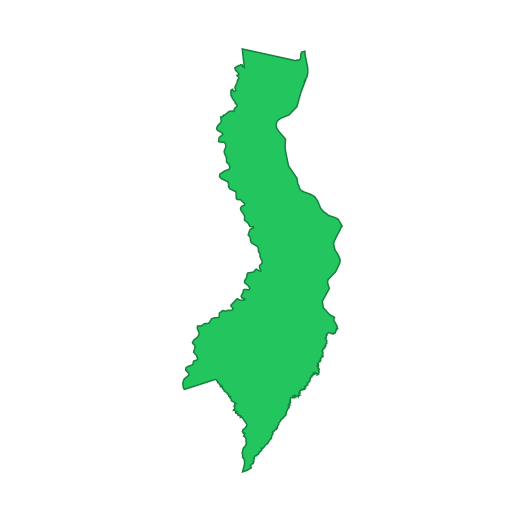 the district of Shushufindi, Sucumbios, Ecuador, rotated 252°
{"feature_id": "8360857B16712310561849", "entity_name": "Shushufindi", "entity_type": "district", "adm_level": 2, "iso_a3": "ECU", "parent_name": "Ecuador", "parent_adm1": "Sucumbios", "projection": "orthographic", "projection_center": [-76.553, -0.288], "detail": "fine", "context": "isolated", "style": "filled", "palette": "green", "viewbox_px": 512, "rotation_deg": 252, "n_neighbors": 0, "source": "geoboundaries", "source_scale": "gbopen_adm2", "svg_char_len": 6092}
<svg xmlns="http://www.w3.org/2000/svg" viewBox="0 0 512 512"><g transform="rotate(252 256 256)"><path d="M457.2,306.9L438.9,303.2L440.3,302.0L441.8,302.0L442.5,301.3L442.7,300.5L442.1,299.2L442.5,298.3L441.6,294.0L438.6,294.0L438.0,294.7L435.1,295.8L434.1,295.8L433.6,293.6L431.3,294.7L430.2,294.5L428.9,292.6L427.0,291.9L423.6,288.5L422.4,287.9L420.3,288.1L419.6,287.7L419.1,285.8L420.4,285.6L420.8,284.9L421.8,285.2L421.5,283.6L420.8,283.1L416.0,281.8L415.9,282.3L413.4,282.2L408.5,283.8L407.4,283.5L405.9,284.7L404.5,284.3L402.7,280.9L400.2,279.7L401.2,278.5L401.9,275.4L399.7,269.5L400.0,268.8L399.0,268.0L399.4,267.5L398.9,266.8L399.1,265.3L394.9,264.7L393.5,263.2L391.8,259.9L389.8,258.1L388.5,257.9L387.1,258.4L384.9,260.7L382.6,262.2L381.7,261.7L380.1,257.6L376.6,255.8L375.8,256.4L373.9,260.9L372.2,261.7L369.0,261.0L365.9,258.3L363.6,257.7L358.7,258.3L354.3,257.0L351.4,258.6L348.4,258.5L347.0,257.4L346.7,256.3L346.6,252.5L345.2,247.4L344.4,246.5L342.6,245.8L340.0,247.1L335.3,252.1L333.0,252.2L330.7,251.3L328.0,251.8L323.2,256.8L316.5,255.0L315.3,255.9L314.4,258.6L309.1,261.4L307.9,260.8L307.8,258.2L307.0,256.7L305.9,255.9L304.3,255.8L297.8,257.6L293.5,256.1L290.2,258.5L285.8,259.4L284.6,262.6L283.6,262.1L283.2,259.0L282.7,258.1L278.4,255.0L275.7,256.3L271.6,255.4L269.9,255.7L264.6,260.3L263.2,260.7L259.4,259.7L256.7,260.5L254.3,259.6L248.4,260.2L247.4,259.6L245.9,256.6L245.0,256.1L243.4,255.7L240.8,256.3L240.2,255.6L240.6,254.7L243.4,252.4L243.3,251.5L241.5,248.8L242.4,243.0L242.0,242.3L238.1,240.1L236.0,237.4L234.1,236.9L230.4,239.3L227.7,240.1L226.7,239.7L226.1,238.7L227.7,235.2L227.6,233.5L225.5,232.5L222.4,229.4L220.4,229.7L218.5,232.2L217.8,231.7L218.4,228.1L220.1,225.7L221.0,225.4L221.1,224.5L217.0,217.0L216.2,216.7L213.6,217.8L212.8,217.7L212.0,216.6L212.3,213.8L213.0,213.1L212.9,209.9L214.5,207.3L212.9,203.4L209.7,202.3L209.0,201.6L210.0,197.6L210.1,194.4L207.4,191.4L206.6,189.8L207.6,186.3L206.4,182.3L207.5,178.8L205.6,177.8L200.6,178.2L198.9,177.5L197.0,175.5L195.4,171.1L193.4,168.8L192.3,168.8L190.2,170.1L188.1,169.9L183.9,166.9L179.8,168.7L176.1,168.7L175.4,167.8L175.3,164.1L172.4,162.5L172.1,161.7L172.0,157.2L171.4,154.9L169.2,153.8L165.2,155.8L163.5,155.5L161.1,149.5L158.0,147.2L153.7,146.2L151.2,146.6L151.2,179.1L150.1,180.3L149.3,180.2L148.4,180.9L147.4,180.5L146.5,181.7L145.3,181.5L144.4,182.2L143.4,182.0L143.4,182.6L142.7,182.1L142.4,183.4L141.6,183.0L140.8,183.8L139.8,183.4L138.5,184.2L137.4,184.0L134.1,186.7L133.7,186.2L132.6,187.0L131.1,186.8L130.5,187.8L129.8,187.4L129.7,188.1L128.8,187.7L127.8,188.2L126.0,187.9L122.9,190.7L122.0,190.2L121.6,190.9L121.5,190.1L120.5,189.8L119.9,188.6L118.3,189.1L117.0,188.4L116.8,187.3L116.2,186.9L116.1,187.7L114.4,189.0L114.0,188.6L113.8,189.2L113.4,188.4L112.7,188.3L112.5,189.2L111.0,190.4L110.6,189.7L110.0,189.7L110.1,190.7L109.1,190.9L108.7,192.0L107.7,191.5L108.0,192.2L107.2,192.1L107.2,192.8L98.7,195.3L96.8,194.3L96.6,193.2L95.8,192.9L94.9,189.9L93.7,189.5L93.2,188.7L91.3,189.3L91.3,190.3L90.6,190.6L88.4,188.5L86.9,189.9L85.7,190.2L82.4,189.0L81.0,189.2L78.4,187.0L77.3,184.6L72.7,181.8L72.1,182.2L68.6,181.0L67.0,181.8L64.8,181.8L61.5,180.7L54.8,176.5L54.9,181.1L55.9,185.8L56.5,186.2L58.0,185.8L59.4,187.4L59.5,189.3L60.6,189.4L61.2,190.5L61.9,190.3L64.2,192.1L64.9,191.9L66.3,193.5L65.8,194.5L66.8,196.2L66.7,197.0L69.0,199.0L68.6,199.6L69.7,201.6L71.2,201.8L70.8,202.1L71.2,203.7L73.4,206.8L74.0,209.1L74.3,209.5L74.9,209.4L76.1,211.8L77.3,212.5L77.4,213.7L78.2,214.6L79.5,214.9L81.6,217.1L82.7,217.0L82.6,217.4L83.9,218.0L83.6,218.3L84.0,219.6L85.0,220.3L84.8,221.9L85.4,222.0L85.6,222.8L86.2,222.6L86.6,223.5L87.0,223.3L88.9,225.6L90.6,226.4L91.5,228.5L92.8,229.3L93.2,231.4L94.2,232.5L95.3,235.2L96.3,235.4L97.2,236.4L97.6,236.1L98.5,236.6L99.6,238.2L100.5,238.6L101.5,240.6L102.1,240.4L102.6,241.0L103.3,240.4L103.4,241.1L104.5,241.2L104.3,241.7L104.7,241.4L105.1,241.9L104.7,242.3L106.1,243.4L106.5,243.2L106.5,243.8L108.1,243.6L108.3,244.1L109.1,243.4L108.8,244.1L110.5,245.4L109.9,247.2L110.7,247.7L110.1,248.0L111.3,248.2L110.7,248.7L111.0,249.1L110.5,249.0L111.0,249.6L110.3,249.5L110.8,250.1L109.7,250.3L110.4,250.7L110.2,251.6L109.5,252.5L109.7,253.1L109.2,253.0L109.7,253.6L110.1,253.4L110.1,254.2L110.5,253.7L111.6,254.4L111.5,255.3L112.8,255.0L113.0,255.8L114.0,255.7L114.6,257.9L115.0,258.0L114.3,258.8L114.3,260.4L114.7,260.0L114.4,260.6L114.9,260.5L115.2,262.2L115.6,262.0L116.3,262.8L116.8,262.2L117.4,265.4L119.5,265.7L119.4,266.9L120.5,268.7L122.2,269.2L122.5,269.9L123.3,269.8L124.0,271.0L123.8,271.5L124.9,271.8L124.6,272.5L126.0,273.7L125.4,274.2L126.2,274.8L127.0,274.6L127.1,276.0L125.6,275.8L125.8,276.9L125.2,277.7L124.7,277.9L124.0,277.5L124.2,278.9L126.3,280.2L129.2,280.3L128.8,281.0L131.5,280.6L131.9,281.1L132.2,280.4L132.8,281.4L133.2,280.7L134.1,281.1L133.9,281.7L134.6,281.8L135.9,283.6L135.8,284.3L136.5,284.1L136.8,285.2L137.6,285.1L138.2,285.9L138.9,285.9L139.7,288.6L140.4,288.2L140.3,288.6L143.7,289.9L145.1,289.5L145.1,290.0L147.1,290.9L147.3,291.5L146.8,291.8L147.7,292.6L147.5,292.9L149.1,293.7L148.6,294.3L150.7,295.1L150.8,296.1L153.9,297.2L156.1,296.4L156.5,297.4L158.9,298.5L158.8,299.0L159.8,299.1L160.8,301.5L158.4,304.4L158.6,305.1L158.0,305.5L158.6,306.2L158.1,307.0L159.9,308.9L160.5,308.9L161.4,310.8L161.8,310.0L163.0,311.2L164.6,311.4L171.0,310.0L173.4,311.7L177.6,307.8L186.2,304.0L192.6,305.2L202.3,315.6L208.5,315.8L211.2,317.1L216.4,326.9L223.7,333.7L226.6,334.9L232.2,334.4L237.2,333.0L243.6,333.5L246.6,335.6L251.0,339.9L254.4,343.6L256.4,345.1L257.7,347.2L265.3,345.6L267.7,343.6L272.1,337.6L278.2,333.5L281.6,332.2L289.2,331.6L294.4,330.1L297.7,327.1L302.2,321.3L304.6,319.1L306.1,318.4L309.9,318.4L311.8,318.0L317.3,319.0L331.6,314.8L346.8,316.5L350.9,317.4L358.0,320.2L367.8,316.1L371.6,315.2L374.5,315.6L377.8,317.7L379.3,321.9L380.0,331.0L385.3,341.0L397.5,349.1L407.6,357.2L407.7,356.5L410.5,359.8L414.0,361.8L418.9,363.3L431.6,364.8L435.7,365.8L435.8,362.3L433.7,360.7L430.6,359.7L429.1,358.2L428.9,357.1L429.7,356.1L429.5,354.1L457.2,306.9Z" fill="#22c55e" stroke="#15803d" stroke-width="1.5"/></g></svg>